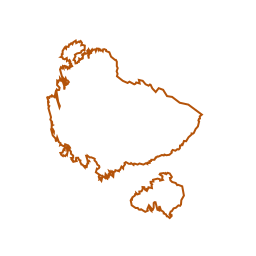 Stord nor, Hordaland, Norway, rotated 76°
{"feature_id": "86288312B17491497636164", "entity_name": "Stord nor", "entity_type": "district", "adm_level": 2, "iso_a3": "NOR", "parent_name": "Norway", "parent_adm1": "Hordaland", "projection": "natural_earth1", "projection_center": [5.468, 59.833], "detail": "fine", "context": "isolated", "style": "outline", "palette": "amber", "viewbox_px": 256, "rotation_deg": 76, "n_neighbors": 0, "source": "geoboundaries", "source_scale": "gbopen_adm2", "svg_char_len": 5907}
<svg xmlns="http://www.w3.org/2000/svg" viewBox="0 0 256 256"><g transform="rotate(76 128 128)"><path d="M50.0,127.8L48.1,130.6L46.9,130.4L45.8,131.9L45.7,133.1L47.3,133.9L46.6,134.2L46.3,135.8L45.3,135.8L45.2,137.2L43.8,136.0L45.2,137.3L43.9,137.3L43.5,138.8L42.7,138.5L45.6,140.6L43.8,140.7L43.7,142.8L44.4,144.0L43.2,144.0L43.9,145.0L46.3,145.6L46.2,146.6L48.1,148.8L51.2,149.2L47.8,149.1L46.0,147.1L44.9,147.1L45.5,147.5L44.8,147.9L43.9,146.8L42.5,147.2L44.3,148.1L42.8,148.2L43.3,148.9L45.6,148.7L45.7,151.2L44.5,151.8L46.0,153.2L45.3,153.6L46.0,154.9L47.3,154.4L49.3,155.0L49.1,155.7L49.5,155.9L49.6,155.0L49.9,157.0L48.9,158.5L50.5,158.5L50.6,159.4L51.9,159.7L51.7,160.7L52.7,161.7L52.6,163.3L49.7,163.1L48.8,164.4L45.7,161.6L44.1,161.8L43.3,159.3L43.5,155.4L42.1,154.6L41.5,152.5L41.9,151.3L37.6,150.0L36.4,151.9L36.4,153.3L34.2,152.1L32.2,152.9L32.9,154.2L32.2,154.6L33.1,157.7L30.6,157.6L31.6,160.5L33.3,161.7L32.0,162.6L33.0,164.1L32.7,164.8L34.9,166.1L34.0,168.3L36.0,168.9L34.6,169.9L37.4,172.8L40.5,173.6L40.4,174.4L42.6,175.0L42.9,176.0L43.7,174.4L45.1,174.3L46.0,172.9L45.3,170.5L48.0,171.0L47.6,170.2L48.6,169.3L48.0,168.3L49.6,167.9L50.8,169.1L52.0,168.3L51.0,167.4L52.6,167.8L54.5,167.2L54.8,168.7L53.9,169.4L55.8,170.3L55.3,170.8L55.9,172.0L54.7,171.9L55.0,172.4L53.9,172.7L54.2,173.6L53.0,173.5L52.3,174.7L52.4,175.4L54.2,175.9L52.5,176.5L54.1,177.6L52.9,178.4L54.8,179.8L64.3,179.6L63.3,179.0L65.2,178.3L65.2,177.0L64.6,176.5L67.0,176.3L67.3,175.1L69.1,174.3L70.5,176.0L71.6,176.2L69.0,176.4L71.1,176.9L70.1,177.0L71.2,177.4L71.2,178.1L69.9,177.3L66.7,177.2L65.8,178.4L66.1,179.2L67.2,179.0L66.1,178.8L67.4,177.9L69.7,178.8L69.6,179.6L73.4,179.6L75.3,180.6L71.7,179.7L65.1,180.2L65.9,180.9L63.4,181.9L65.6,182.3L65.0,183.9L66.3,184.5L65.2,185.3L69.2,186.4L72.3,184.6L74.4,185.6L74.2,187.3L73.4,187.8L74.3,188.5L85.8,189.4L90.2,188.8L91.3,189.5L77.1,190.2L80.3,191.8L78.0,193.9L79.0,194.5L78.4,195.2L78.6,196.3L79.7,197.0L78.6,198.2L78.8,199.0L83.5,198.7L83.4,199.3L87.1,199.9L87.7,199.1L89.4,200.4L98.9,200.1L101.1,201.3L103.7,200.2L104.8,200.4L103.9,200.9L106.3,201.2L107.0,200.3L107.4,201.5L109.9,202.2L110.5,201.4L113.2,200.7L113.9,200.9L110.9,201.8L111.3,202.0L111.0,202.9L117.0,202.8L120.8,200.8L122.5,201.1L124.0,200.8L121.0,200.7L122.2,200.1L120.0,199.0L124.9,198.5L126.5,197.1L128.1,197.9L127.9,197.2L130.1,194.9L129.6,193.4L128.6,192.9L130.1,190.8L131.3,190.2L130.3,191.7L132.5,190.3L131.5,189.7L132.9,189.1L134.4,189.8L133.5,191.2L134.2,192.3L132.9,192.1L131.0,193.8L134.1,194.8L133.2,195.7L136.0,197.5L135.8,199.6L137.9,199.2L139.5,197.9L138.8,197.3L140.1,195.7L138.4,193.6L138.9,193.5L134.8,191.5L135.7,189.7L137.1,189.1L139.2,189.6L141.5,187.9L143.6,188.4L143.4,190.3L146.5,189.0L146.0,189.9L147.6,189.3L147.6,185.8L146.4,185.9L147.2,186.0L146.9,186.4L144.4,185.5L144.8,183.6L147.1,183.2L148.0,182.0L149.2,182.6L152.2,182.0L152.5,181.1L155.7,179.5L154.4,179.1L154.5,178.1L156.7,177.9L152.6,176.1L152.7,175.2L150.8,175.2L151.0,173.6L150.3,173.8L150.1,175.0L145.1,175.3L145.8,174.0L145.2,173.9L147.3,172.3L147.5,170.9L149.6,167.9L149.1,167.5L151.4,168.3L153.5,167.0L156.2,166.6L157.7,165.2L159.1,165.2L160.0,166.1L160.5,167.8L160.1,168.1L163.2,169.9L167.5,166.0L167.3,167.5L168.1,168.2L169.7,168.1L169.8,167.4L170.9,168.1L170.8,167.4L172.8,166.6L168.4,164.3L170.9,162.3L167.3,160.9L169.7,159.8L171.8,160.7L172.2,160.3L171.5,160.0L171.3,158.7L168.1,158.1L167.3,156.7L168.6,156.5L170.3,158.3L168.6,156.3L165.4,156.6L166.6,155.5L165.9,154.9L167.1,154.4L166.8,154.0L169.1,153.9L170.2,155.1L171.7,154.1L167.1,152.4L167.1,151.1L165.9,150.4L167.7,147.3L166.8,147.2L166.7,145.9L163.9,143.7L166.0,142.5L164.4,142.0L162.7,139.8L161.2,139.9L160.6,138.3L162.9,135.9L163.4,134.2L162.8,133.5L165.2,131.5L164.1,130.8L164.2,130.1L165.8,127.5L165.2,125.5L167.2,121.9L166.5,119.1L167.3,118.2L166.8,118.2L167.0,116.1L166.4,116.5L166.4,115.2L165.4,115.1L165.6,113.6L164.5,113.1L165.2,110.0L163.3,108.3L163.6,107.9L162.7,106.4L163.1,105.4L162.4,101.6L163.3,99.9L162.6,99.1L163.7,97.4L164.0,94.3L162.5,91.5L161.4,91.5L160.1,90.0L161.5,87.5L160.5,85.3L161.1,84.0L160.2,82.6L157.7,81.8L157.9,81.0L156.9,79.8L157.6,79.2L154.1,76.8L154.9,74.8L151.6,71.5L149.7,67.9L148.7,67.6L149.2,66.4L148.7,65.3L145.4,62.7L143.4,59.8L138.8,57.4L137.9,57.9L136.4,57.0L136.2,55.9L134.1,55.6L132.9,53.1L119.9,63.8L116.0,71.7L108.5,77.7L106.5,82.4L99.4,84.7L96.8,88.6L99.8,92.4L95.5,94.8L91.6,95.6L91.1,96.2L91.9,97.8L89.8,100.4L85.8,102.3L84.0,105.8L87.6,105.9L85.8,109.0L86.9,110.1L87.1,111.4L83.4,115.4L84.2,117.5L81.0,121.6L75.1,126.2L72.9,125.0L70.2,125.3L67.4,123.5L65.3,123.9L61.0,122.8L59.0,123.3L58.7,124.2L54.7,127.2L50.0,127.8ZM207.1,90.1L197.7,89.5L195.2,93.2L195.3,94.1L192.9,95.0L191.1,98.2L189.0,99.5L186.7,99.4L187.0,98.4L186.1,97.3L182.3,98.5L181.1,100.3L182.0,102.0L180.9,102.4L181.3,103.2L180.4,104.1L180.0,107.8L180.7,108.5L183.2,106.2L185.7,107.2L186.8,106.7L186.8,109.6L185.4,109.5L184.3,111.5L184.3,116.2L186.1,116.3L185.7,119.1L187.0,119.3L188.5,118.2L189.2,119.0L192.1,119.3L190.5,122.4L191.3,122.7L191.7,125.0L192.9,125.1L192.9,124.3L193.6,124.9L191.8,126.5L189.4,126.5L188.8,128.2L190.8,128.5L192.7,130.2L192.4,132.4L194.5,132.6L194.7,134.8L193.1,135.8L194.3,136.0L193.9,137.0L195.2,137.7L196.4,140.6L198.3,141.4L197.8,141.9L198.9,142.9L203.9,143.1L207.5,139.9L207.9,137.9L209.6,137.3L210.3,136.0L210.0,135.0L213.5,131.6L213.0,128.8L211.4,128.9L208.1,126.4L211.2,125.0L210.8,126.1L212.5,125.5L212.2,126.2L213.1,126.1L214.2,125.3L213.1,125.1L213.5,123.9L211.6,122.4L207.0,121.2L206.4,120.3L206.7,119.3L214.5,119.2L215.0,118.1L212.1,116.8L212.2,116.2L214.8,116.0L215.8,116.7L215.8,115.9L217.5,114.3L218.8,113.6L219.6,114.0L220.9,112.1L223.0,111.7L223.0,111.1L225.4,109.3L223.9,106.9L222.7,106.8L222.2,107.9L222.7,108.3L221.9,108.6L219.4,106.8L219.2,105.5L217.0,103.2L217.0,100.9L215.3,97.8L216.1,96.3L215.0,95.1L210.9,93.7L207.1,90.1Z" fill="none" stroke="#b45309" stroke-width="2"/></g></svg>